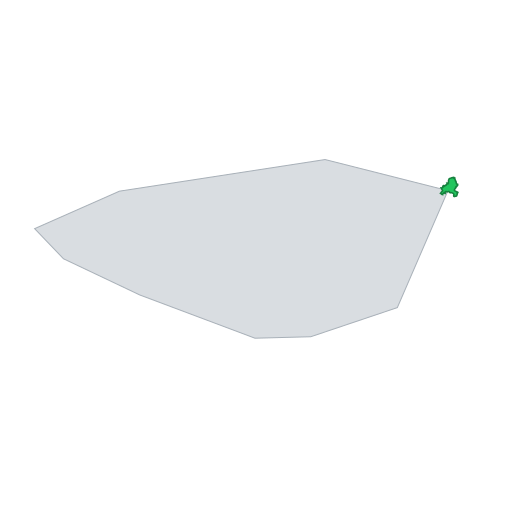 Moule A Chique, Vieux Fort, Saint Lucia (highlighted), rotated 259°
{"feature_id": "8701671B37545518209863", "entity_name": "Moule A Chique", "entity_type": "district", "adm_level": 2, "iso_a3": "LCA", "parent_name": "Saint Lucia", "parent_adm1": "Vieux Fort", "projection": "robinson", "projection_center": [-60.948, 13.716], "detail": "fine", "context": "in_parent", "style": "filled", "palette": "green", "viewbox_px": 512, "rotation_deg": 259, "n_neighbors": 0, "source": "geoboundaries", "source_scale": "gbopen_adm2", "svg_char_len": 3639}
<svg xmlns="http://www.w3.org/2000/svg" viewBox="0 0 512 512"><g transform="rotate(259 256 256)"><path d="M337.5,342.2L283.5,456.9L178.4,384.9L166.3,294.3L175.5,239.3L239.9,134.5L290.0,66.5L325.1,43.9L345.7,134.3L337.5,342.2Z" fill="#d9dde1" stroke="#a8b0b8" stroke-width="1"/><path d="M287.5,450.7L284.4,451.7L283.1,449.8L282.9,449.7L282.5,449.5L282.4,449.4L282.3,449.1L281.0,450.2L281.1,450.4L281.1,450.5L281.2,450.9L281.0,451.0L281.3,451.1L281.4,451.4L282.0,452.9L282.2,453.1L281.9,453.3L281.7,453.3L280.6,454.0L281.8,453.4L282.3,453.1L282.3,453.3L282.9,454.3L283.0,454.5L282.9,454.5L283.0,454.6L283.0,454.8L282.9,455.0L282.6,455.3L282.5,455.5L282.5,455.9L282.5,456.0L282.6,456.7L282.6,456.8L282.6,457.2L282.6,457.3L282.6,457.5L282.5,457.8L282.3,458.0L282.1,458.1L281.9,458.0L281.7,458.1L281.4,458.1L281.3,458.4L281.2,458.6L281.2,458.8L281.1,459.2L280.9,459.2L280.8,459.3L280.9,459.5L281.0,459.5L280.9,459.9L280.4,460.8L280.2,461.0L279.9,461.4L279.5,461.7L279.1,461.9L278.7,462.0L278.3,461.9L278.0,461.8L278.0,461.7L277.8,461.6L277.4,461.5L277.0,461.5L276.8,461.6L276.7,461.7L276.5,461.9L276.5,462.2L276.5,462.5L276.6,463.0L276.6,463.3L276.5,463.5L276.6,463.8L276.6,464.0L276.6,464.3L276.8,464.5L277.0,464.6L277.3,464.8L277.6,465.0L277.9,465.1L278.0,465.2L278.2,465.3L278.3,465.3L278.4,465.2L278.6,465.2L278.7,465.3L278.8,465.3L279.0,465.5L279.4,465.9L279.6,466.2L279.8,466.6L279.8,466.4L279.9,466.2L280.0,466.3L280.1,466.2L279.9,466.1L280.0,466.0L280.0,465.9L280.2,465.7L280.2,465.8L280.3,465.8L280.4,465.5L280.5,465.5L280.5,465.4L280.6,465.2L280.8,465.1L281.0,464.9L281.4,464.5L281.6,464.4L281.6,464.1L282.2,463.4L282.4,463.3L282.6,463.2L282.9,463.3L283.6,463.7L283.9,464.0L284.0,464.1L284.2,464.4L284.5,464.6L284.4,464.6L284.5,464.7L284.5,464.8L284.6,465.0L284.8,465.1L285.0,465.3L285.3,465.4L285.6,465.5L285.8,465.7L285.9,465.8L285.8,466.0L286.0,466.2L286.0,466.5L286.3,466.6L286.5,466.8L286.7,467.0L286.9,467.2L287.1,467.2L287.2,467.4L287.3,467.4L287.4,467.6L287.4,467.8L287.5,467.8L287.6,468.0L287.6,467.9L287.7,467.7L287.8,467.6L288.0,467.6L288.0,467.4L288.3,466.9L288.5,466.8L288.6,466.6L288.8,466.6L289.0,466.6L289.3,466.5L289.8,466.6L290.1,466.5L290.3,466.5L290.5,466.4L290.8,466.5L290.8,466.4L291.4,466.3L291.4,466.2L291.8,466.2L292.0,466.1L292.3,466.2L292.7,466.1L292.9,465.9L293.1,466.0L293.3,466.0L293.5,466.0L293.9,466.0L294.1,465.8L294.2,465.7L294.3,465.7L294.4,465.8L294.6,465.7L294.8,465.8L294.8,465.7L294.7,465.6L294.8,465.4L295.0,465.3L295.0,465.2L295.1,464.9L295.3,465.0L295.5,465.0L295.5,464.8L295.5,464.7L295.5,464.4L295.5,464.2L295.4,464.2L295.5,464.1L295.5,463.9L295.5,463.7L295.4,463.5L295.4,463.4L295.5,463.3L295.5,463.2L295.4,463.1L295.4,462.9L295.3,462.5L295.3,462.4L295.3,462.0L295.2,461.7L295.2,461.0L295.0,460.6L295.0,460.4L294.8,460.3L294.7,460.2L294.4,460.1L294.2,459.9L293.9,459.6L293.5,459.4L293.1,459.3L292.8,459.3L292.6,459.3L292.4,459.2L292.2,459.1L291.4,458.9L291.2,458.7L291.0,458.3L291.0,458.2L290.9,458.2L290.9,457.9L290.8,458.0L290.8,457.9L290.7,457.9L290.8,457.8L290.7,457.8L290.6,457.7L290.2,457.3L290.2,457.1L289.9,457.0L289.8,456.9L289.8,456.7L289.7,456.6L289.4,456.5L289.3,456.4L289.2,456.2L289.3,455.9L289.2,455.9L289.0,455.6L288.9,455.4L288.9,455.2L289.0,455.2L289.0,454.7L289.0,454.4L289.1,454.1L289.3,454.0L289.4,453.9L289.3,453.7L289.2,453.7L289.3,453.6L289.3,453.4L289.2,453.4L289.1,453.2L288.9,453.1L289.0,453.0L288.9,452.9L288.7,452.8L288.6,452.7L288.5,452.8L288.5,452.7L288.4,452.7L288.3,452.8L288.1,452.8L288.0,452.6L287.9,452.7L287.6,452.5L287.5,452.2L287.4,451.8L287.4,451.5L287.5,451.4L287.4,451.0L287.5,450.7Z" fill="#22c55e" stroke="#15803d" stroke-width="1.5"/></g></svg>